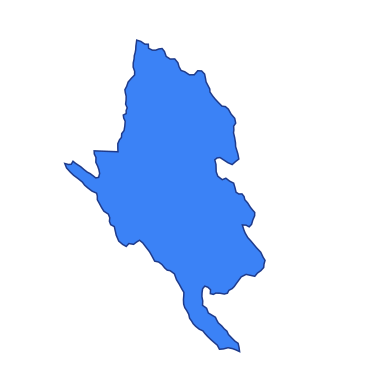 the district of Jussari, Bahia, Brazil, rotated 315°
{"feature_id": "56859067B48740648537316", "entity_name": "Jussari", "entity_type": "district", "adm_level": 2, "iso_a3": "BRA", "parent_name": "Brazil", "parent_adm1": "Bahia", "projection": "robinson", "projection_center": [-39.507, -15.151], "detail": "fine", "context": "isolated", "style": "filled", "palette": "blue", "viewbox_px": 384, "rotation_deg": 315, "n_neighbors": 0, "source": "geoboundaries", "source_scale": "gbopen_adm2", "svg_char_len": 3042}
<svg xmlns="http://www.w3.org/2000/svg" viewBox="0 0 384 384"><g transform="rotate(315 192 192)"><path d="M271.6,174.2L274.3,170.1L274.7,164.6L276.3,159.1L276.0,155.2L273.9,152.5L273.9,147.3L274.1,142.4L274.5,138.7L275.4,134.0L277.4,131.7L278.6,127.9L279.8,124.1L281.8,121.3L284.3,117.5L284.4,113.2L281.8,110.3L276.5,110.7L273.0,107.3L271.9,101.8L270.2,98.3L271.4,94.2L273.4,90.7L273.9,85.7L270.6,82.6L269.6,77.9L271.9,73.1L272.3,69.4L269.7,67.4L266.7,66.1L264.3,63.7L262.9,59.7L265.6,56.6L263.2,54.1L262.3,49.3L260.3,45.5L258.1,47.2L255.7,49.0L252.9,51.5L250.3,53.3L247.6,54.8L245.1,57.0L241.7,59.2L238.7,62.1L236.8,66.1L234.1,68.7L229.6,68.7L224.6,69.1L220.5,71.1L216.9,72.2L215.0,74.7L213.2,77.7L210.4,80.4L207.2,82.9L205.7,86.7L203.1,87.8L200.9,90.0L197.8,89.0L196.0,91.4L194.8,94.7L191.2,97.8L187.4,100.5L183.6,101.0L180.7,103.5L177.7,103.8L173.8,105.3L170.8,108.3L168.1,111.2L151.9,93.7L149.8,96.0L148.5,99.7L145.0,103.0L143.6,107.0L142.0,110.3L139.8,113.6L136.3,115.6L133.9,114.0L133.5,110.5L133.0,107.0L132.0,103.9L131.5,99.9L131.2,95.5L130.5,92.2L129.9,89.2L129.6,86.1L126.2,87.0L124.1,85.2L122.2,81.9L120.3,86.3L120.0,91.8L120.1,96.5L120.9,101.8L121.5,107.5L120.9,111.3L121.2,115.3L121.9,120.6L123.7,125.4L122.2,127.9L119.6,130.5L118.3,135.0L117.0,139.3L116.1,143.3L117.2,148.5L115.6,152.1L112.9,154.3L111.4,157.6L112.6,161.5L110.5,164.8L107.9,168.9L105.5,174.9L105.9,180.0L107.0,184.0L110.9,183.8L113.7,187.7L117.4,188.2L120.8,189.0L121.2,193.2L120.6,197.5L119.7,204.4L118.3,209.3L116.7,214.5L118.9,217.9L119.5,222.0L119.0,226.5L119.2,229.7L120.9,232.2L121.7,237.4L119.0,243.1L117.7,248.5L116.3,253.1L115.3,257.2L113.2,259.2L109.8,262.1L106.8,265.4L105.1,268.7L104.4,272.2L103.2,276.2L101.0,279.6L100.5,282.9L99.7,286.0L99.6,289.6L100.1,294.1L101.5,297.9L101.1,301.1L100.9,305.0L101.0,309.9L101.3,314.6L101.6,318.2L100.2,322.6L103.3,325.2L107.4,327.6L109.9,331.4L111.2,334.2L112.8,338.5L115.4,335.1L117.6,331.6L116.9,327.8L116.9,323.5L117.0,318.5L118.3,315.1L118.0,311.5L118.3,307.6L118.0,303.2L118.9,300.1L120.0,297.1L119.1,293.5L118.0,289.1L120.1,284.5L119.3,279.6L122.5,276.7L125.1,272.9L127.8,270.4L131.1,267.9L134.5,267.6L135.9,270.6L136.0,274.2L133.1,276.8L134.7,279.5L137.3,280.3L140.1,283.2L142.7,287.0L145.5,288.6L148.5,287.6L152.1,288.7L155.0,288.7L159.1,288.0L163.6,287.3L166.8,286.8L172.0,288.5L174.8,292.9L176.8,296.0L180.9,295.6L185.1,296.3L189.3,296.1L191.9,293.9L195.3,292.0L196.1,288.5L198.0,283.2L198.2,277.0L198.6,272.5L199.0,268.0L199.2,263.6L200.6,258.5L201.9,255.4L204.3,250.9L206.8,253.7L207.8,257.1L211.2,257.0L215.2,254.8L219.5,253.1L221.9,250.8L222.1,247.6L222.5,244.0L223.6,239.2L223.9,234.8L225.6,232.0L226.0,228.7L223.7,226.5L223.0,223.3L225.4,219.4L227.7,215.2L226.3,211.0L225.7,206.2L222.1,204.7L221.4,199.1L223.4,194.8L228.4,189.5L230.9,185.3L233.9,185.7L236.2,187.5L237.2,192.3L238.1,196.6L239.8,201.0L244.5,201.3L248.4,201.8L251.3,197.6L253.5,193.5L254.9,190.8L257.5,188.0L260.6,183.7L263.2,179.5L265.5,177.7L268.0,174.9L271.6,174.2Z" fill="#3b82f6" stroke="#1e3a8a" stroke-width="1.5"/></g></svg>